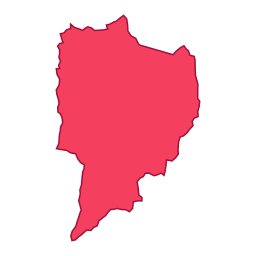 Agudos do Sul, Paraná, Brazil (Robinson projection)
{"feature_id": "56859067B40410407425041", "entity_name": "Agudos do Sul", "entity_type": "district", "adm_level": 2, "iso_a3": "BRA", "parent_name": "Brazil", "parent_adm1": "Paraná", "projection": "robinson", "projection_center": [-49.317, -26.04], "detail": "fine", "context": "isolated", "style": "filled", "palette": "rose", "viewbox_px": 256, "rotation_deg": 0, "n_neighbors": 0, "source": "geoboundaries", "source_scale": "gbopen_adm2", "svg_char_len": 1808}
<svg xmlns="http://www.w3.org/2000/svg" viewBox="0 0 256 256"><path d="M126.7,19.0L123.6,15.4L120.2,17.9L116.3,21.2L113.5,22.1L110.1,24.1L106.4,25.0L107.6,29.0L103.7,29.9L97.8,30.3L94.2,30.4L91.8,28.1L87.8,26.8L85.0,28.3L82.9,30.4L78.7,28.8L74.5,27.5L70.6,24.1L70.6,28.6L66.7,29.7L63.9,33.0L60.3,33.7L61.7,38.8L63.0,42.6L59.7,43.6L57.6,46.2L59.5,49.5L59.7,53.0L58.9,57.3L60.5,61.3L58.6,65.4L59.7,68.5L56.3,68.7L57.0,74.2L59.7,79.4L59.1,85.2L56.3,89.9L56.9,94.5L58.4,99.3L59.1,103.9L57.7,107.3L58.0,112.1L60.5,114.0L62.1,117.9L62.7,122.8L60.6,127.0L60.3,130.7L59.4,135.1L59.1,139.6L58.9,143.4L56.5,148.7L67.1,150.5L70.3,152.7L75.7,153.8L77.9,159.1L81.0,163.0L84.3,164.7L84.0,168.8L82.7,172.1L82.1,177.4L81.5,184.7L79.9,190.1L80.3,193.5L79.5,197.5L78.7,200.8L80.0,205.3L81.2,209.9L79.9,213.3L78.3,218.4L77.0,222.2L75.8,226.4L72.3,231.1L70.8,236.0L72.0,240.6L75.3,239.9L78.7,236.7L81.5,234.7L84.0,232.4L86.9,230.0L90.8,230.5L93.6,227.5L97.2,225.8L98.9,220.9L102.5,217.9L105.5,215.7L107.9,212.4L110.7,209.5L113.6,209.3L117.2,208.5L121.6,209.5L126.1,209.8L129.4,211.7L132.6,208.5L133.3,201.8L138.1,200.8L141.9,200.9L142.0,197.5L138.8,195.0L138.4,189.2L137.1,181.8L139.8,178.3L143.4,176.5L145.2,173.3L149.0,173.2L154.1,175.7L157.7,174.7L161.1,173.1L164.0,175.4L165.0,171.7L166.0,165.4L166.5,159.9L172.0,160.9L175.6,157.8L178.3,154.1L178.0,149.9L178.3,146.1L178.7,141.3L180.2,136.9L183.6,135.8L187.2,132.6L189.4,129.5L193.0,125.7L192.2,121.3L194.2,118.2L198.1,116.6L197.8,111.4L199.1,106.6L199.7,101.2L197.7,98.5L197.7,94.9L197.7,89.7L197.9,84.7L197.0,80.8L195.5,75.4L195.2,69.8L195.0,60.0L194.2,56.4L189.8,55.1L188.5,50.9L186.0,48.8L184.0,45.8L180.7,47.5L176.2,51.1L173.0,54.7L139.2,44.9L137.3,41.7L135.8,38.4L131.1,35.9L127.9,31.1L127.6,25.0L126.7,19.0Z" fill="#f43f5e" stroke="#9f1239" stroke-width="1.5"/></svg>